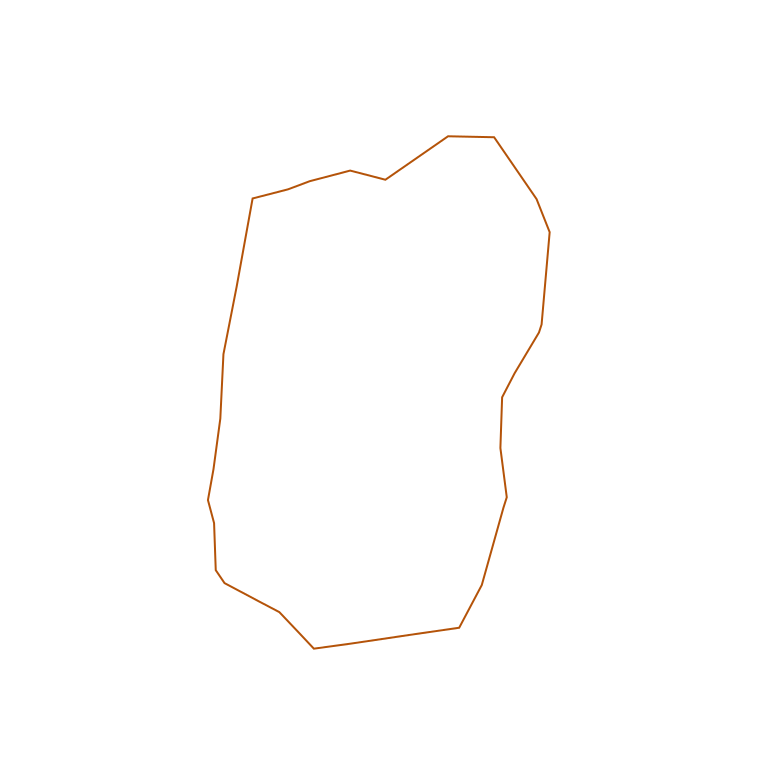 Luus, Dundgovi, Mongolia (Robinson projection), rotated 44°
{"feature_id": "93677404B30704814862785", "entity_name": "Luus", "entity_type": "district", "adm_level": 2, "iso_a3": "MNG", "parent_name": "Mongolia", "parent_adm1": "Dundgovi", "projection": "robinson", "projection_center": [105.799, 45.607], "detail": "fine", "context": "isolated", "style": "outline", "palette": "amber", "viewbox_px": 768, "rotation_deg": 44, "n_neighbors": 0, "source": "geoboundaries", "source_scale": "gbopen_adm2", "svg_char_len": 561}
<svg xmlns="http://www.w3.org/2000/svg" viewBox="0 0 768 768"><g transform="rotate(44 384 384)"><path d="M258.0,161.3L243.1,236.1L211.4,254.0L189.7,289.7L179.7,310.7L160.6,341.8L210.5,416.5L247.8,474.1L290.3,522.6L320.5,563.7L338.0,589.8L358.4,602.1L392.3,634.8L407.6,638.0L444.6,627.4L467.2,620.8L494.8,622.0L517.4,623.1L540.4,593.9L576.4,547.1L607.4,507.1L594.0,460.7L555.9,390.1L551.0,380.2L512.2,349.2L478.2,311.5L470.5,285.6L459.7,239.3L456.0,231.7L397.7,159.7L365.3,145.0L291.8,130.0L258.0,161.3Z" fill="none" stroke="#b45309" stroke-width="2"/></g></svg>